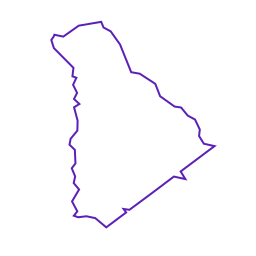 Wheeler, Georgia, United States of America (orthographic projection), rotated 188°
{"feature_id": "52423323B75387394783245", "entity_name": "Wheeler", "entity_type": "district", "adm_level": 2, "iso_a3": "USA", "parent_name": "United States of America", "parent_adm1": "Georgia", "projection": "orthographic", "projection_center": [-82.703, 32.114], "detail": "fine", "context": "isolated", "style": "outline", "palette": "violet", "viewbox_px": 256, "rotation_deg": 188, "n_neighbors": 0, "source": "geoboundaries", "source_scale": "gbopen_adm2", "svg_char_len": 804}
<svg xmlns="http://www.w3.org/2000/svg" viewBox="0 0 256 256"><g transform="rotate(188 128 128)"><path d="M135.7,26.6L118.1,44.1L121.1,47.2L115.2,47.2L94.4,67.7L75.8,86.3L64.1,85.4L69.8,92.3L45.1,116.9L39.8,122.1L50.7,123.0L56.5,129.9L56.7,136.5L62.8,145.7L70.6,148.6L78.3,155.7L84.8,155.7L100.6,163.9L107.1,175.5L123.9,183.4L132.6,183.7L147.5,209.6L158.6,221.3L166.2,224.1L169.3,229.4L191.0,222.5L204.8,209.5L213.9,210.1L214.2,208.5L216.2,204.5L212.5,196.8L190.4,180.0L190.2,171.4L186.1,170.6L188.4,163.1L183.3,155.7L185.5,149.2L179.5,145.0L184.3,141.0L178.9,128.2L177.8,118.3L183.3,109.4L183.6,103.3L177.6,99.0L175.1,85.6L178.1,80.3L173.6,72.7L174.1,65.9L167.9,60.3L173.2,47.5L166.6,38.4L169.4,33.6L164.9,32.7L156.9,34.8L147.9,34.2L135.7,26.6Z" fill="none" stroke="#5b21b6" stroke-width="2"/></g></svg>